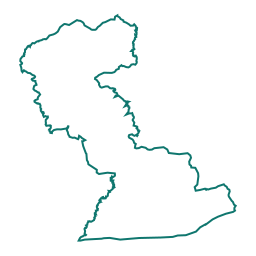 the district of Cape Coast Metropolitan, Central, Ghana
{"feature_id": "2480657B31989943834082", "entity_name": "Cape Coast Metropolitan", "entity_type": "district", "adm_level": 2, "iso_a3": "GHA", "parent_name": "Ghana", "parent_adm1": "Central", "projection": "albers", "projection_center": [-1.304, 5.176], "detail": "fine", "context": "isolated", "style": "outline", "palette": "teal", "viewbox_px": 256, "rotation_deg": 0, "n_neighbors": 0, "source": "geoboundaries", "source_scale": "gbopen_adm2", "svg_char_len": 5699}
<svg xmlns="http://www.w3.org/2000/svg" viewBox="0 0 256 256"><path d="M21.6,70.9L22.5,72.2L23.8,70.3L24.4,70.5L24.8,71.1L26.1,71.5L27.7,72.8L30.2,73.2L32.3,74.9L34.1,75.5L35.1,76.5L35.0,77.1L34.3,77.9L31.9,78.9L31.7,79.4L32.7,80.6L35.4,81.0L35.4,82.1L36.4,84.2L36.5,84.9L34.6,85.6L34.1,86.2L33.4,89.0L34.7,90.5L36.0,91.0L37.9,92.4L38.7,92.4L40.1,94.5L37.9,97.3L37.7,99.2L35.3,100.1L34.4,101.0L34.6,101.9L37.3,103.6L37.9,103.2L38.9,103.9L39.7,103.8L40.5,105.4L40.3,107.7L41.2,109.0L40.7,109.8L40.9,110.9L42.1,112.7L42.8,111.9L43.5,112.2L43.8,113.3L43.1,114.2L43.1,115.3L43.9,116.9L45.4,116.1L46.6,116.6L47.8,116.5L47.9,117.4L47.5,118.1L45.8,119.8L45.7,122.0L46.0,123.0L45.6,124.5L46.3,125.7L46.7,125.4L47.4,125.7L48.5,125.5L49.5,125.7L50.0,125.3L50.8,125.7L50.8,127.8L50.1,128.9L49.4,129.2L49.0,129.8L49.7,130.2L49.6,131.5L50.6,132.2L50.5,132.9L51.9,133.1L52.1,131.6L54.0,130.0L57.1,129.3L61.0,129.4L66.3,128.5L67.3,127.7L68.5,125.5L68.2,127.3L66.8,129.6L66.8,130.1L67.8,132.1L68.3,134.6L69.2,135.7L69.5,136.8L72.7,137.8L74.6,137.6L78.1,139.2L78.6,138.3L79.1,135.8L80.7,136.8L81.7,137.9L85.2,140.1L82.8,141.3L82.2,141.3L83.2,146.1L85.9,153.3L86.4,153.8L86.9,160.1L88.0,162.0L88.4,164.3L96.8,169.8L96.7,172.5L99.0,174.0L107.5,172.7L114.8,173.4L115.0,175.2L114.7,176.0L112.5,177.4L111.9,176.6L111.5,177.6L110.7,177.8L110.7,178.5L111.3,178.7L110.7,179.3L110.7,180.0L111.5,179.7L111.3,180.7L113.3,180.5L113.2,181.0L112.3,181.5L112.2,182.4L112.3,182.7L112.9,182.5L113.5,182.9L113.6,183.6L113.0,184.7L113.2,185.3L114.0,184.5L114.2,184.9L114.0,186.5L114.5,187.3L113.5,187.9L112.8,187.6L112.7,188.9L110.2,191.0L108.9,190.9L109.7,192.0L108.6,192.3L107.9,194.1L107.8,195.8L106.7,196.7L106.0,196.5L105.7,198.3L104.7,198.5L104.1,198.0L103.4,198.4L103.1,197.0L102.3,197.2L101.8,198.2L100.9,198.3L100.4,199.3L100.0,199.4L99.7,199.8L100.5,199.9L100.7,200.2L100.3,201.1L100.7,201.7L99.7,201.6L99.8,202.4L99.0,202.7L97.2,205.3L97.6,205.6L96.8,206.7L97.0,208.0L97.9,208.7L97.7,210.1L97.0,210.0L96.6,210.7L95.9,210.7L96.1,211.8L95.3,212.6L95.9,214.1L94.8,213.8L94.9,215.2L95.5,216.1L94.3,217.4L94.7,217.9L94.5,218.3L94.7,218.7L94.1,219.3L94.0,220.1L91.3,221.7L90.3,221.7L89.8,221.2L88.2,221.4L88.3,222.2L87.4,223.2L87.3,224.8L86.0,225.4L86.8,226.7L86.6,227.2L86.0,228.0L85.1,227.9L84.5,228.9L85.1,231.2L84.6,233.7L86.0,234.9L85.6,235.3L85.1,235.2L83.4,235.7L82.8,236.4L81.3,236.8L80.0,238.0L78.7,240.6L80.5,240.6L84.8,239.6L101.6,238.7L103.9,238.2L109.7,237.9L120.2,239.6L139.2,238.0L161.0,237.5L172.8,236.9L177.7,235.5L185.8,235.2L196.0,231.6L200.2,227.3L205.5,224.3L205.7,224.6L212.6,219.4L218.0,216.7L226.0,213.7L233.1,211.9L235.0,210.6L234.3,209.2L234.5,207.6L235.7,205.8L234.0,204.6L232.9,201.9L231.7,200.8L228.9,196.6L228.6,195.7L228.6,194.6L229.7,191.4L229.3,189.7L227.6,188.8L226.7,186.8L224.7,185.5L223.8,184.3L218.1,186.2L215.8,187.7L210.9,188.6L208.2,189.5L207.3,189.2L206.3,189.8L205.8,189.6L205.7,188.8L204.9,188.7L199.9,190.0L195.7,190.7L194.7,187.1L197.3,184.6L198.4,176.3L198.1,173.2L195.3,167.8L191.3,167.5L191.0,165.7L189.5,164.5L189.2,161.6L191.0,157.8L190.3,155.4L187.6,153.2L179.2,154.2L168.8,153.0L167.3,149.5L163.6,147.2L154.3,148.2L151.9,149.6L149.4,149.8L147.6,149.4L145.7,147.8L141.5,146.8L138.8,148.1L136.3,148.4L134.9,147.8L135.4,144.7L135.8,144.0L134.1,142.8L133.6,141.0L132.6,139.5L129.2,137.7L128.7,136.7L128.8,135.8L129.2,135.0L132.1,134.3L133.3,135.3L134.5,135.8L136.1,135.0L137.1,136.0L137.6,135.3L136.8,134.6L138.2,133.3L139.2,131.2L138.4,131.1L138.6,130.3L137.8,130.1L137.5,128.8L137.3,129.0L136.5,128.3L137.2,126.8L136.9,126.5L133.6,125.6L134.3,122.6L132.7,120.2L132.8,119.4L133.6,118.5L133.9,117.3L133.7,116.5L132.7,115.5L132.8,114.8L132.2,113.1L131.5,113.4L129.2,113.4L126.2,114.6L128.5,111.7L128.7,109.3L129.3,108.5L129.4,107.3L128.2,106.7L128.4,105.8L127.6,105.1L124.9,106.3L126.4,104.0L127.5,103.2L127.4,102.9L126.8,102.7L128.7,101.7L127.4,101.4L126.8,101.7L123.8,100.6L123.2,99.5L118.8,95.9L117.5,95.9L114.9,96.9L115.7,95.6L116.8,95.8L117.6,94.9L116.7,92.9L114.5,92.3L113.3,90.9L113.4,90.6L115.2,90.1L115.3,89.5L114.9,88.8L112.7,88.2L111.8,88.4L110.1,88.2L107.9,86.4L105.7,86.4L101.7,87.6L100.9,87.3L100.3,87.0L99.0,84.7L99.2,83.3L96.7,80.0L95.0,79.0L95.2,77.7L97.2,76.6L98.8,75.1L104.0,72.7L111.8,72.9L114.4,72.1L115.6,70.9L116.2,69.8L118.8,68.8L118.9,67.0L121.5,65.2L122.3,66.1L123.7,66.0L126.3,67.1L128.4,67.4L129.7,66.7L131.4,64.6L133.5,64.2L135.3,64.7L136.6,63.0L136.8,61.9L136.3,61.0L136.8,59.0L136.7,57.1L135.8,55.7L134.9,56.5L133.4,56.0L133.1,55.4L133.6,55.2L132.8,53.6L133.2,52.5L132.5,51.0L131.3,51.0L132.4,49.7L133.1,50.1L134.4,49.1L133.4,47.5L133.7,44.6L133.3,44.6L133.5,43.8L132.9,43.2L133.0,42.0L133.8,41.4L133.9,40.6L135.1,39.2L134.8,38.7L135.0,37.5L136.3,37.0L136.2,35.9L135.2,35.2L135.1,34.5L136.0,34.8L136.5,34.5L136.6,32.7L136.0,32.1L136.4,31.4L136.2,31.0L135.6,31.3L135.2,30.5L135.8,30.4L135.9,29.8L136.4,30.3L136.8,30.2L137.1,27.9L135.7,26.7L135.6,25.8L134.2,24.3L133.1,25.6L130.5,25.7L129.1,24.4L126.2,22.6L123.6,21.7L123.3,20.3L120.7,19.1L119.7,17.5L117.3,16.0L117.3,15.4L115.1,16.7L114.5,19.6L110.8,19.4L105.3,22.1L102.8,22.8L99.9,25.7L97.9,27.0L96.2,29.3L95.2,29.8L92.1,29.8L90.9,29.3L90.2,28.6L84.5,25.4L83.8,23.5L82.8,22.3L80.5,20.9L78.3,20.6L77.0,20.1L69.1,25.0L66.0,24.2L64.5,24.0L63.8,24.3L60.1,27.2L57.8,31.6L55.5,33.4L53.4,34.4L49.4,35.5L47.1,38.4L45.9,39.3L44.9,39.0L42.8,39.4L41.8,40.1L39.0,40.8L38.6,41.4L37.9,41.2L36.5,41.7L34.4,43.4L32.8,43.0L32.0,43.5L30.9,45.2L30.3,45.4L30.0,46.8L29.1,45.9L28.6,46.4L28.3,46.0L27.8,46.2L26.0,49.2L25.1,49.5L24.9,52.6L24.1,53.2L24.0,53.8L24.4,54.6L23.8,54.9L24.0,56.1L22.5,56.4L20.5,59.0L20.3,61.1L22.1,63.1L22.0,63.7L20.3,64.8L21.3,67.7L21.6,70.9Z" fill="none" stroke="#0f766e" stroke-width="2"/></svg>